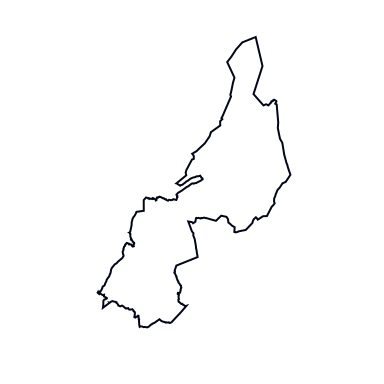 outline of Gjesdal nor, Rogaland, Norway, rotated 327°
{"feature_id": "86288312B75018184533449", "entity_name": "Gjesdal nor", "entity_type": "district", "adm_level": 2, "iso_a3": "NOR", "parent_name": "Norway", "parent_adm1": "Rogaland", "projection": "albers", "projection_center": [6.098, 58.831], "detail": "fine", "context": "isolated", "style": "outline", "palette": "ink", "viewbox_px": 384, "rotation_deg": 327, "n_neighbors": 0, "source": "geoboundaries", "source_scale": "gbopen_adm2", "svg_char_len": 5918}
<svg xmlns="http://www.w3.org/2000/svg" viewBox="0 0 384 384"><g transform="rotate(327 192 192)"><path d="M329.8,96.7L315.7,93.9L306.7,96.4L298.8,99.9L292.3,102.2L289.9,119.2L285.8,122.8L280.5,128.2L277.1,131.4L276.7,133.2L258.2,145.5L257.0,146.0L257.1,146.3L257.0,146.7L257.1,147.4L254.1,148.0L251.9,151.6L240.5,152.1L237.1,154.9L229.2,158.2L222.1,159.4L218.3,160.2L213.0,160.0L213.2,162.6L211.5,165.2L209.6,164.8L199.3,170.5L197.3,172.2L196.2,174.9L183.6,176.3L184.2,177.0L184.5,178.1L185.6,180.3L186.3,180.1L187.9,180.7L189.4,180.5L191.7,180.4L192.9,180.1L194.9,180.3L197.3,180.0L197.9,180.1L198.9,180.1L201.3,180.6L202.0,181.0L203.1,181.3L203.6,181.2L204.0,181.4L204.7,181.5L206.2,182.4L207.8,182.8L208.2,183.1L208.4,183.0L207.9,183.2L207.8,182.8L207.6,182.8L207.8,184.4L207.7,185.1L207.9,185.2L208.2,186.3L208.0,187.0L207.8,187.2L206.4,187.1L205.8,187.3L200.3,186.7L198.5,185.9L197.9,185.9L197.4,185.2L196.2,184.8L191.9,185.2L190.3,184.9L183.7,185.3L180.1,185.1L177.7,185.6L177.4,185.9L177.4,186.1L177.6,186.7L177.7,186.9L177.2,187.3L177.0,187.6L177.0,187.9L177.2,188.1L177.1,188.3L176.8,188.3L177.0,188.0L176.9,187.9L176.8,188.2L175.3,189.6L174.5,190.1L172.3,187.8L171.7,188.0L171.0,187.9L169.6,187.2L169.4,186.8L168.4,186.0L167.1,186.2L166.0,184.4L166.1,183.9L165.8,183.9L165.7,183.6L165.2,182.9L165.1,182.5L164.9,181.8L164.4,181.7L163.9,180.9L163.0,179.1L162.2,178.3L161.9,178.5L161.4,178.3L161.1,178.3L160.6,178.2L160.6,177.9L160.1,177.9L159.6,177.6L159.5,177.8L158.9,178.1L158.6,178.5L158.2,178.6L158.0,179.1L157.7,179.5L157.1,179.4L157.2,179.1L157.2,178.3L157.0,178.0L156.9,177.5L156.6,177.1L156.5,176.8L156.2,176.8L156.2,176.5L155.7,176.5L155.7,176.2L155.1,176.3L154.7,176.0L154.9,175.7L154.4,175.7L153.9,175.4L153.1,174.6L152.6,174.6L152.6,174.1L152.3,174.1L152.1,173.5L151.8,173.5L151.7,173.0L150.5,171.6L147.1,172.5L141.3,181.5L134.6,178.4L132.6,179.8L130.1,181.0L129.1,181.2L128.5,181.6L127.8,181.9L124.9,184.6L123.2,187.0L118.7,191.5L117.9,192.0L117.3,191.9L117.5,192.3L117.4,193.0L117.5,193.6L117.2,193.8L116.1,195.7L115.7,196.8L115.6,198.2L115.3,198.1L114.8,198.7L115.1,199.2L115.3,199.7L115.4,200.2L115.2,201.6L115.6,202.1L115.8,202.8L115.8,203.2L115.7,203.5L114.8,203.9L114.9,204.2L113.9,204.9L113.6,205.8L112.6,205.5L112.3,204.5L112.5,203.4L112.5,203.1L111.6,202.3L111.5,201.9L111.3,201.5L110.7,201.6L110.7,200.9L110.5,200.4L109.6,199.2L109.2,199.2L108.9,199.6L107.3,199.7L107.0,200.0L106.7,200.6L105.1,200.9L104.9,201.3L103.4,202.4L103.3,202.9L103.0,203.3L101.6,204.1L101.0,204.8L100.9,205.5L100.5,206.1L100.2,207.1L100.2,207.7L99.7,208.4L97.6,209.4L91.9,210.1L90.1,210.7L87.8,210.6L83.0,212.2L81.8,213.2L79.1,216.0L78.4,216.1L77.1,217.4L72.7,219.1L71.4,220.3L69.4,221.4L68.0,222.6L66.5,222.8L65.9,222.6L65.3,222.9L64.8,223.4L63.6,224.3L60.9,225.7L59.5,224.4L59.1,224.4L58.3,225.3L58.1,225.3L58.6,227.1L59.5,226.8L61.0,229.9L62.3,230.3L61.3,231.7L61.7,232.1L61.9,233.0L62.8,234.2L62.9,234.4L62.8,234.7L62.5,234.9L59.6,234.5L58.9,234.7L58.3,235.2L56.0,238.5L54.2,240.6L62.5,240.0L62.5,239.8L62.7,240.0L64.4,239.9L65.7,240.1L66.1,240.4L66.8,241.3L67.9,242.4L68.1,242.8L68.6,243.2L68.2,243.9L68.6,244.6L68.6,246.3L68.5,246.7L68.4,246.8L68.4,247.2L68.8,247.5L69.3,248.5L69.7,248.9L71.4,249.1L71.6,249.3L72.1,250.5L72.6,252.1L72.6,252.4L72.8,253.0L73.2,253.3L73.2,253.5L73.3,253.5L73.4,253.9L73.7,254.1L75.2,254.6L75.1,255.9L75.3,256.3L76.3,257.1L78.1,257.8L78.2,258.2L78.4,259.9L78.1,260.1L78.6,261.7L78.2,262.1L78.0,262.7L76.7,264.3L75.5,265.5L75.8,266.1L76.1,266.5L77.4,266.3L78.1,266.7L79.3,266.3L79.7,266.6L79.5,267.1L79.1,267.6L78.6,268.9L78.1,269.5L78.3,270.0L77.8,270.6L76.8,272.1L75.8,274.1L75.4,274.6L74.7,276.6L75.7,276.6L76.3,277.2L76.8,277.5L77.4,278.3L77.7,278.9L78.5,279.2L79.4,280.0L80.9,281.2L81.5,281.1L82.0,281.4L83.5,281.3L84.5,281.0L85.5,280.9L86.3,281.1L86.7,280.9L87.2,280.9L89.3,281.3L95.4,281.0L96.1,283.6L97.4,285.3L98.5,286.4L98.6,287.0L99.1,287.4L99.5,287.4L101.0,288.6L101.5,288.7L101.5,289.0L102.0,289.8L103.8,290.1L114.7,287.4L115.3,287.4L116.4,286.9L117.6,286.7L125.3,284.4L124.3,284.1L123.3,281.9L123.0,281.6L123.0,281.1L122.9,280.4L122.1,280.1L121.6,278.5L121.5,277.5L121.1,277.1L121.0,276.7L121.4,275.8L121.9,274.9L122.2,274.7L122.7,274.7L123.5,272.7L125.0,271.1L124.6,270.4L124.5,269.7L125.3,268.9L126.8,270.0L127.7,269.5L128.3,268.7L129.0,268.3L129.4,267.4L130.9,266.5L131.0,265.5L131.4,265.1L131.8,264.5L131.5,263.8L131.4,263.1L131.6,262.5L131.6,261.9L131.3,260.5L131.9,259.4L131.7,258.7L131.9,258.1L131.8,257.8L132.0,257.2L132.5,255.1L132.8,254.9L133.0,254.2L132.8,253.9L133.2,252.3L133.3,251.2L133.4,250.8L133.2,250.3L133.2,250.1L133.5,249.9L133.9,250.0L134.4,249.5L134.5,248.6L138.8,245.2L161.2,249.6L162.1,247.9L162.5,246.7L164.5,242.4L164.6,241.7L165.9,239.3L168.6,233.0L169.4,229.1L170.8,227.3L170.5,225.4L170.7,223.9L171.8,219.3L172.8,214.7L175.4,217.1L175.9,217.9L175.9,218.4L175.9,218.8L178.5,218.8L181.2,216.1L181.5,216.1L182.0,216.7L183.2,217.1L184.9,219.0L185.6,218.8L186.7,219.6L188.4,220.2L189.1,221.2L189.8,221.7L196.4,229.2L203.6,227.8L207.4,231.6L207.4,234.4L205.9,237.4L206.6,239.4L207.2,242.0L208.6,244.8L205.7,248.6L206.1,249.1L206.7,249.4L206.9,249.8L208.6,250.3L209.6,250.4L210.2,250.7L210.7,250.8L216.4,253.1L225.7,250.9L227.5,249.3L229.3,248.4L231.8,248.0L232.1,249.3L232.1,251.0L238.4,251.0L241.7,253.0L250.8,247.8L252.7,247.4L255.2,246.5L255.6,244.7L257.5,242.1L259.4,240.9L261.0,239.5L265.0,236.8L268.2,236.0L272.6,234.0L276.0,234.6L283.9,231.2L286.0,223.0L286.8,220.9L286.9,219.6L287.1,219.0L289.8,210.6L294.5,200.0L294.8,195.2L298.8,185.1L302.1,180.8L310.7,164.7L309.9,163.3L311.8,162.3L311.9,162.0L312.2,161.7L311.3,159.5L310.8,159.2L310.3,159.1L309.8,159.6L309.2,159.8L308.4,159.6L308.1,159.2L307.9,159.2L306.9,160.1L306.5,160.2L306.1,160.1L305.3,160.5L304.8,160.5L303.4,161.0L303.1,160.9L302.5,159.6L302.0,158.9L301.6,158.7L299.1,158.3L296.9,143.4L319.7,124.8L329.8,96.7Z" fill="none" stroke="#020617" stroke-width="2"/></g></svg>